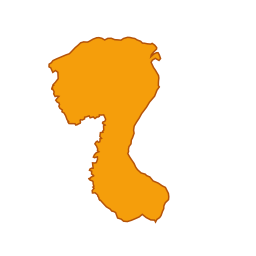 Asprogia, Paphos, Cyprus, rotated 156°
{"feature_id": "46923920B38834541661991", "entity_name": "Asprogia", "entity_type": "district", "adm_level": 2, "iso_a3": "CYP", "parent_name": "Cyprus", "parent_adm1": "Paphos", "projection": "albers", "projection_center": [32.61, 34.943], "detail": "fine", "context": "isolated", "style": "filled", "palette": "amber", "viewbox_px": 256, "rotation_deg": 156, "n_neighbors": 0, "source": "geoboundaries", "source_scale": "gbopen_adm2", "svg_char_len": 3421}
<svg xmlns="http://www.w3.org/2000/svg" viewBox="0 0 256 256"><g transform="rotate(156 128 128)"><path d="M141.1,30.9L138.8,32.7L135.5,33.3L133.4,34.6L130.3,37.9L128.2,39.7L126.9,42.3L124.4,44.5L120.1,46.1L118.7,48.6L117.7,51.8L117.9,56.2L118.0,58.5L120.3,61.3L122.8,65.4L126.6,69.4L128.0,74.4L130.4,77.0L131.0,78.8L134.3,81.6L136.3,86.1L136.9,89.1L136.9,93.2L137.7,97.5L138.3,101.2L138.6,104.7L137.1,106.2L136.3,108.3L134.7,110.6L131.7,112.3L129.8,115.7L128.0,117.1L124.6,120.7L123.8,123.7L121.6,127.2L117.7,130.0L113.9,132.4L109.7,135.6L102.8,139.4L97.8,142.9L90.8,146.2L86.1,150.8L82.7,152.8L83.0,154.4L82.0,156.6L81.0,158.6L79.5,161.1L78.8,163.5L79.5,169.7L80.1,172.9L80.2,178.6L78.1,180.1L74.7,180.5L72.2,177.1L70.0,178.2L69.7,182.0L69.9,184.6L71.3,185.2L74.4,185.1L78.1,183.8L76.9,185.4L73.8,187.0L69.8,188.5L69.1,189.8L69.9,192.8L71.5,195.5L73.1,195.4L76.0,197.0L78.4,198.7L80.3,199.7L81.2,202.1L83.8,204.7L85.4,207.0L87.2,208.2L89.4,209.9L91.5,211.0L95.0,211.5L95.7,211.6L97.9,211.2L98.7,211.1L101.9,212.9L104.2,214.1L106.7,216.7L109.9,218.1L113.5,217.9L115.4,220.6L117.8,222.4L120.0,223.2L123.9,223.4L128.7,222.9L130.2,223.0L133.5,224.7L136.6,225.1L140.3,223.8L143.5,222.9L150.3,220.1L151.7,219.7L154.7,220.0L160.1,220.1L165.1,220.2L169.1,220.1L171.5,218.8L174.1,218.4L175.3,216.0L174.1,214.3L174.1,211.3L174.1,209.4L170.9,210.0L169.4,207.4L170.1,205.6L171.7,201.5L175.7,199.3L178.8,198.0L178.7,197.2L179.4,197.3L180.3,196.4L180.5,195.7L180.7,195.2L181.4,195.4L181.8,194.5L181.1,193.9L180.9,193.0L180.8,192.0L180.8,191.1L182.0,189.4L181.8,186.4L180.2,186.2L178.3,185.0L180.7,183.9L182.7,182.8L182.2,180.6L180.9,178.9L181.0,177.4L182.3,176.0L182.2,173.7L180.7,171.2L180.8,171.1L181.7,169.7L180.3,167.7L180.0,164.5L180.3,160.4L179.7,158.0L179.8,158.0L180.4,158.0L180.4,157.9L180.1,156.1L178.6,155.3L176.6,154.4L174.7,153.5L174.5,151.9L172.9,151.7L171.4,151.9L169.8,151.8L169.1,152.5L168.6,154.5L168.0,154.9L166.6,153.9L164.0,154.0L163.2,155.5L161.3,155.1L158.6,154.9L158.4,152.7L155.2,152.3L154.3,150.1L152.6,150.5L151.8,150.7L151.0,150.2L149.4,150.3L149.0,151.5L148.9,151.6L147.4,150.8L144.9,149.9L144.8,145.6L145.1,144.8L145.1,144.7L146.1,143.8L146.9,143.5L148.4,143.7L149.3,142.9L148.9,141.5L147.8,140.4L147.7,139.9L147.8,139.9L148.7,140.1L149.4,140.0L149.5,139.9L149.9,138.9L150.6,137.0L151.1,135.9L152.5,135.3L152.7,134.3L155.1,135.0L157.1,131.7L156.4,129.2L156.5,129.2L157.9,129.6L158.0,129.5L158.5,128.2L159.4,126.9L160.8,126.9L161.4,128.5L162.9,128.2L164.7,127.0L164.1,124.3L164.2,121.2L165.1,119.8L164.3,118.2L167.0,118.3L169.4,117.3L171.5,115.5L170.7,114.5L167.7,114.1L168.6,111.7L171.1,109.3L172.5,109.5L174.6,110.6L175.2,108.7L176.2,105.4L176.3,105.4L177.6,106.1L179.4,106.0L180.4,105.1L178.8,103.3L180.0,100.8L179.4,99.7L179.1,99.3L178.8,98.8L178.7,98.4L179.0,98.1L179.8,98.2L181.5,98.1L182.4,98.0L182.7,97.6L182.8,97.5L183.0,97.5L184.3,97.7L184.3,97.3L184.1,96.4L183.6,95.6L181.9,93.9L181.8,93.1L182.0,92.5L182.3,91.7L182.6,91.0L182.7,90.0L182.8,89.0L183.1,88.4L184.1,88.3L183.9,87.8L183.6,86.7L184.4,86.3L186.2,85.4L186.9,83.1L186.2,82.8L184.4,82.2L183.5,80.3L183.0,79.1L183.3,77.9L183.0,76.5L183.4,74.6L183.1,73.4L182.6,73.3L182.2,72.0L181.0,68.3L179.8,64.8L177.3,61.2L176.6,58.7L175.1,57.6L173.7,55.8L174.1,50.0L171.2,47.4L170.0,44.7L166.7,42.8L162.5,42.3L157.9,42.2L153.9,42.2L150.1,43.3L147.8,38.8L144.6,34.8L141.2,33.0L141.1,30.9Z" fill="#f59e0b" stroke="#b45309" stroke-width="1.5"/></g></svg>